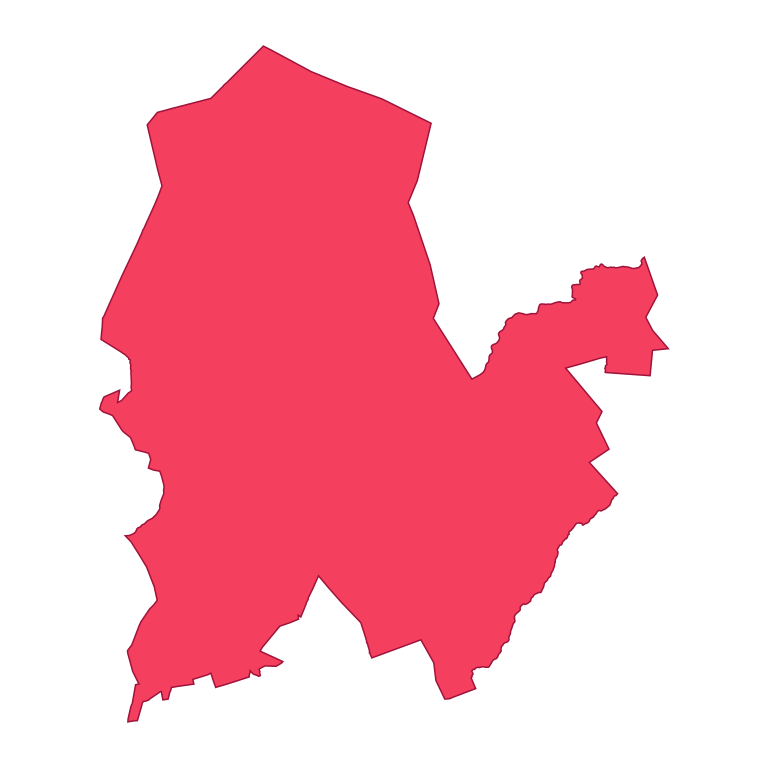 outline of Laikipia East, Rift Valley, Kenya
{"feature_id": "3690345B37822361502294", "entity_name": "Laikipia East", "entity_type": "district", "adm_level": 2, "iso_a3": "KEN", "parent_name": "Kenya", "parent_adm1": "Rift Valley", "projection": "albers", "projection_center": [36.521, 0.35], "detail": "fine", "context": "isolated", "style": "filled", "palette": "rose", "viewbox_px": 768, "rotation_deg": 0, "n_neighbors": 0, "source": "geoboundaries", "source_scale": "gbopen_adm2", "svg_char_len": 6122}
<svg xmlns="http://www.w3.org/2000/svg" viewBox="0 0 768 768"><path d="M125.3,535.8L131.1,541.9L139.6,555.4L146.6,567.0L154.2,586.6L157.2,600.3L153.7,604.9L149.6,609.0L141.0,621.7L139.4,625.1L132.1,644.1L131.5,645.3L127.6,650.5L127.5,651.6L127.9,653.8L132.7,671.4L138.9,684.0L135.6,684.7L132.2,703.7L131.4,705.1L130.6,707.8L128.1,718.8L127.9,721.9L132.7,721.0L137.4,720.6L142.1,704.3L142.1,703.6L143.3,701.5L146.2,701.0L148.4,700.2L150.5,698.4L160.5,691.6L161.3,691.5L162.9,699.9L168.1,699.1L169.6,692.9L170.7,690.5L171.4,687.5L177.6,686.4L193.9,684.1L192.8,679.4L208.2,674.6L210.8,673.1L214.6,684.5L215.3,686.0L215.6,687.4L226.3,684.3L249.3,676.9L249.1,675.5L250.0,672.7L250.1,670.8L252.9,673.7L253.8,674.3L257.6,675.6L258.4,676.3L260.4,675.6L259.8,673.6L259.7,672.6L259.9,671.7L259.1,669.1L262.0,667.4L265.1,665.9L276.0,666.3L281.4,663.2L282.9,661.6L260.1,651.1L262.4,647.2L279.9,626.1L289.7,622.8L298.5,619.2L298.2,615.2L300.8,617.0L306.0,604.3L306.4,602.6L308.1,599.6L308.4,597.6L312.7,588.9L318.5,575.8L328.4,587.6L341.7,602.7L360.8,622.6L365.2,636.2L366.7,641.4L366.5,642.3L367.5,644.0L369.0,649.1L369.7,652.1L369.3,652.8L369.9,653.5L371.8,657.9L420.9,639.8L433.8,662.8L435.9,680.5L444.8,699.1L449.6,698.7L453.3,697.1L475.7,688.6L471.1,677.8L471.7,677.3L472.1,676.4L471.8,675.5L473.0,674.4L472.7,672.8L471.7,671.0L472.1,670.4L473.5,669.3L474.3,669.5L476.5,667.6L477.3,667.3L479.7,667.6L480.7,667.1L482.4,666.8L484.6,667.0L485.5,667.3L488.6,667.2L489.9,665.5L490.4,664.4L491.2,663.6L491.4,662.7L493.1,660.2L494.5,659.3L496.3,658.6L497.0,657.9L497.8,656.6L498.5,654.5L499.5,653.2L500.3,652.6L500.3,651.8L501.0,651.4L501.2,650.5L500.9,649.0L501.6,646.2L502.4,645.7L503.6,643.8L504.2,643.2L504.8,642.7L506.2,642.5L507.8,641.6L509.0,639.9L508.8,638.9L509.0,637.2L509.4,635.4L510.0,634.9L510.3,634.1L510.8,630.4L511.8,628.3L512.2,626.5L512.9,625.1L513.1,623.8L514.8,621.8L514.9,620.1L514.3,618.4L514.7,617.6L514.3,616.6L515.6,614.3L519.8,610.6L520.2,609.9L520.1,607.7L520.7,606.3L523.1,604.0L524.1,604.0L524.7,604.5L527.4,603.6L530.7,600.9L530.7,599.8L531.5,597.9L532.8,596.9L534.4,594.4L537.2,593.3L538.1,592.7L539.0,592.5L540.2,592.6L541.0,592.3L543.6,586.9L544.4,583.2L546.2,581.3L547.0,580.7L548.5,577.8L549.4,577.3L550.8,575.8L550.8,574.2L553.0,570.1L554.5,566.0L554.7,563.2L555.2,562.6L555.4,559.6L556.0,558.2L557.0,556.8L557.4,555.7L558.0,553.0L558.0,551.8L557.3,550.2L557.3,549.3L558.4,547.7L559.6,545.3L561.5,544.8L563.1,541.2L564.3,540.3L565.5,538.7L566.4,538.7L567.0,538.0L567.8,536.0L567.8,535.2L569.2,534.0L568.8,533.0L569.0,531.9L571.5,530.0L572.4,528.6L573.1,528.1L573.6,527.1L574.5,526.3L574.8,525.2L575.4,524.8L576.3,523.5L578.2,522.9L579.0,522.9L579.7,523.3L581.5,523.1L582.2,523.7L582.3,524.8L583.1,525.1L585.3,523.6L586.4,523.4L587.6,522.8L589.3,521.2L590.1,519.0L592.0,518.0L592.3,517.4L593.1,517.3L593.8,516.8L593.8,516.0L595.8,514.2L597.4,511.5L598.1,510.9L598.8,510.4L600.7,510.9L601.6,510.8L603.1,509.8L604.6,509.4L607.4,507.3L609.7,505.3L611.1,502.0L611.7,499.8L613.1,498.5L614.1,496.3L614.8,495.8L615.9,495.7L617.6,493.7L589.3,462.4L609.0,449.2L596.4,423.0L602.0,411.5L565.6,368.1L579.1,364.4L600.4,358.1L606.6,356.8L606.7,360.8L606.5,361.7L606.6,362.7L607.1,363.5L606.6,364.9L605.6,365.5L605.4,367.4L604.8,368.4L605.3,369.3L605.6,370.6L605.1,371.7L605.3,372.5L650.1,375.7L652.5,350.3L668.3,348.7L652.6,330.4L645.8,317.3L657.6,295.1L644.3,257.2L642.4,258.7L641.2,260.5L641.3,261.7L641.8,262.8L641.7,264.6L640.8,265.2L639.9,266.6L638.9,267.4L635.6,268.2L633.2,268.5L632.1,268.4L630.1,267.6L626.7,266.8L625.0,266.8L623.5,266.5L622.4,266.5L619.0,267.4L615.8,267.9L615.0,267.7L614.4,267.2L612.3,267.5L611.2,267.1L610.4,267.2L608.0,267.7L606.9,267.6L603.8,266.0L602.5,264.5L601.7,264.1L600.7,264.3L600.1,265.0L599.3,266.7L598.6,266.9L596.2,266.0L595.2,266.5L594.1,268.4L593.3,268.9L587.3,269.4L584.0,271.1L581.3,271.4L580.9,272.5L581.0,273.5L582.1,274.6L582.4,278.2L579.9,280.2L579.8,282.2L580.2,283.1L580.1,284.2L579.0,284.5L577.2,284.5L573.0,284.9L572.2,285.5L571.8,286.4L571.7,287.1L572.5,289.9L572.3,295.6L572.0,296.4L572.6,297.5L575.0,298.6L575.7,299.3L575.3,300.0L573.1,300.1L572.3,300.6L570.5,302.5L566.8,302.9L562.1,302.7L560.0,301.7L556.0,302.4L551.1,304.2L547.6,304.1L546.5,304.2L545.6,304.6L544.7,304.1L540.9,304.0L539.9,304.6L539.4,305.3L538.5,308.0L538.2,310.5L537.2,312.3L537.1,313.0L536.2,313.6L533.7,313.7L531.2,313.6L528.2,314.4L526.3,314.6L525.3,314.5L523.4,313.8L520.5,313.2L519.0,312.9L517.9,313.0L516.9,313.7L515.3,314.0L512.4,316.9L512.1,317.5L508.9,318.5L508.0,319.0L506.2,321.0L505.4,322.4L505.9,324.6L505.3,325.7L503.9,327.7L503.6,329.0L502.1,330.4L500.1,331.5L499.0,332.7L498.5,333.6L498.6,334.7L499.6,337.6L499.1,340.0L496.9,342.9L495.0,344.0L493.5,344.4L491.7,345.6L491.4,346.6L491.4,347.8L491.5,348.7L492.3,350.2L492.4,352.9L490.0,354.8L489.2,356.4L488.8,361.6L486.6,363.8L486.1,364.7L485.2,368.6L484.7,370.0L483.5,372.0L480.0,374.8L471.9,379.1L433.3,318.4L439.0,303.8L430.1,264.6L413.6,215.8L408.2,202.6L417.3,180.6L431.1,123.3L381.9,98.9L347.3,86.5L311.1,71.6L272.7,50.9L263.4,46.1L226.6,82.8L224.3,84.7L222.5,86.8L210.8,98.4L172.5,108.3L157.4,112.4L147.2,124.9L157.7,169.7L162.0,185.9L158.9,194.3L155.1,203.6L143.8,228.6L143.0,229.7L141.7,233.3L136.2,245.7L121.5,276.8L104.3,315.3L103.4,317.1L102.6,318.1L102.3,325.6L101.0,339.4L120.7,351.7L125.6,355.1L128.7,358.1L128.8,359.2L130.3,360.0L129.9,362.5L130.7,364.6L130.6,369.0L130.8,370.0L131.3,370.5L130.9,372.2L131.4,383.2L131.1,387.8L131.7,390.4L130.5,391.6L128.3,393.0L121.8,400.2L121.1,400.7L117.6,402.5L119.6,390.2L104.1,396.9L103.1,398.6L102.3,401.1L101.2,403.3L99.7,409.0L102.7,411.6L104.1,412.4L105.7,412.8L112.5,415.5L122.1,430.5L124.3,432.6L130.5,437.5L134.0,445.8L135.4,449.8L144.8,452.1L148.7,453.4L150.7,459.5L148.4,468.1L153.7,470.1L159.8,471.2L161.6,476.4L163.7,484.4L164.1,487.5L163.6,489.7L163.8,493.7L161.3,499.8L159.9,504.4L159.6,505.9L159.9,507.7L159.5,509.5L156.3,514.4L152.3,518.3L147.6,520.7L144.4,523.9L142.2,524.8L141.3,525.6L140.3,527.0L138.2,527.7L137.4,528.3L136.8,529.1L135.7,531.8L134.3,533.1L132.2,534.3L129.1,535.5L125.3,535.8Z" fill="#f43f5e" stroke="#9f1239" stroke-width="1.5"/></svg>